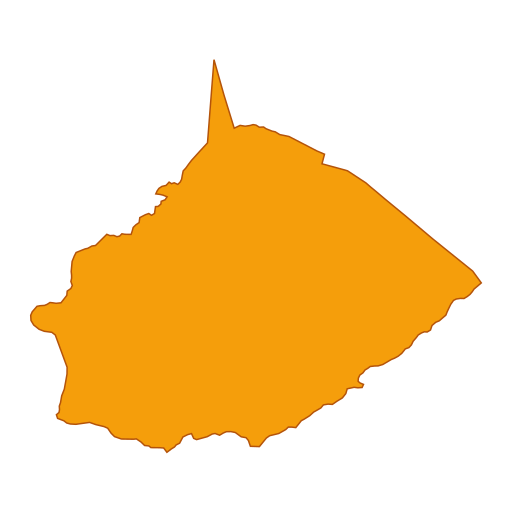 the district of Viçosa do Ceará, Ceará, Brazil
{"feature_id": "56859067B42746778472785", "entity_name": "Viçosa do Ceará", "entity_type": "district", "adm_level": 2, "iso_a3": "BRA", "parent_name": "Brazil", "parent_adm1": "Ceará", "projection": "mercator", "projection_center": [-41.159, -3.503], "detail": "fine", "context": "isolated", "style": "filled", "palette": "amber", "viewbox_px": 512, "rotation_deg": 0, "n_neighbors": 0, "source": "geoboundaries", "source_scale": "gbopen_adm2", "svg_char_len": 2813}
<svg xmlns="http://www.w3.org/2000/svg" viewBox="0 0 512 512"><path d="M34.4,309.3L32.3,311.7L30.7,315.3L31.0,320.5L33.7,325.0L39.1,329.3L44.3,331.3L51.8,332.3L55.3,335.0L67.1,367.2L67.0,374.1L65.7,381.5L64.3,389.2L61.7,395.8L60.5,402.7L59.3,406.1L59.5,409.7L59.0,412.5L56.4,414.7L57.6,418.4L63.9,420.8L66.7,423.0L70.4,424.0L75.9,424.3L80.2,423.7L89.6,422.4L95.8,424.6L104.1,426.6L107.7,428.2L111.1,433.2L114.5,436.6L121.4,439.0L133.7,439.2L136.4,438.9L141.0,442.0L144.6,445.5L148.8,445.9L150.9,447.6L159.6,447.7L163.7,448.0L166.9,452.3L171.4,448.9L174.5,447.0L176.2,444.9L179.6,443.2L182.9,437.0L187.7,434.6L191.5,433.6L193.7,438.4L196.6,439.6L207.2,436.7L212.3,434.0L215.1,433.5L219.6,435.2L223.3,433.0L226.3,431.7L230.9,431.6L235.3,432.5L241.2,436.8L246.1,437.7L248.4,440.5L250.4,446.3L259.4,446.6L266.4,438.0L269.7,435.7L278.8,433.5L285.7,429.6L288.3,427.1L291.8,427.1L295.8,427.6L301.3,420.7L304.1,419.2L309.7,415.7L313.6,412.1L317.7,409.8L320.8,408.0L323.4,404.9L328.0,404.1L332.4,404.4L337.0,401.2L342.4,397.9L345.8,393.6L347.2,388.8L354.1,387.3L357.8,387.8L362.1,387.5L363.5,384.4L360.1,383.0L358.1,381.3L358.4,378.0L359.9,375.0L362.9,372.9L365.1,369.9L367.7,368.4L370.2,366.5L374.6,366.0L378.1,365.9L382.8,364.5L391.3,359.5L394.5,358.2L398.2,356.2L401.9,353.2L405.3,348.9L408.9,347.6L411.4,344.9L413.1,341.3L416.3,337.6L418.2,335.0L421.4,333.0L424.3,331.8L427.2,332.0L430.5,330.0L432.0,325.5L435.7,322.3L439.3,320.8L442.4,318.1L445.9,315.1L447.0,312.2L448.6,308.7L450.7,304.4L453.5,300.4L456.3,299.0L460.4,298.4L464.0,298.5L467.3,296.5L470.0,294.4L472.2,291.8L474.0,289.1L481.3,282.9L472.7,271.1L433.0,239.1L405.1,215.6L401.8,212.9L385.3,199.3L375.7,191.2L370.6,187.0L365.9,182.9L347.5,170.8L344.8,170.0L322.0,163.8L324.5,154.2L316.8,150.9L289.0,136.5L284.3,135.5L279.8,134.6L275.2,131.8L272.0,131.1L266.0,128.7L263.6,127.0L259.3,127.2L256.0,125.1L253.1,124.6L250.0,125.5L245.2,126.2L240.1,125.4L236.7,127.0L234.2,128.2L223.9,94.8L214.0,59.7L211.3,94.0L207.5,142.9L200.1,150.9L191.5,160.4L188.6,164.2L185.8,168.1L183.2,170.9L182.3,175.2L181.6,179.3L180.1,182.2L177.8,184.4L174.2,182.8L171.5,183.7L169.1,182.1L166.1,185.4L161.9,186.4L158.9,188.4L157.1,191.0L155.8,193.9L159.8,194.4L162.9,195.1L167.1,196.8L165.1,199.8L161.2,201.3L160.9,204.0L158.2,206.4L155.5,206.6L154.5,213.5L151.5,215.3L148.8,213.5L145.4,214.7L139.8,217.6L139.1,222.6L136.0,224.7L133.2,227.4L132.2,231.1L131.1,234.4L125.0,234.3L121.9,233.8L119.6,236.1L116.9,236.7L113.8,235.4L109.9,235.6L106.8,234.3L95.5,245.5L91.9,246.0L87.8,248.3L85.1,248.9L82.3,250.0L76.1,252.5L74.3,256.0L72.1,261.5L71.2,271.5L71.6,275.2L71.6,278.2L70.9,281.5L72.3,285.5L70.9,288.5L67.2,291.1L66.8,295.4L61.0,302.8L56.1,303.3L52.7,302.8L50.0,302.5L47.2,304.3L44.6,305.4L40.2,305.7L37.0,306.3L34.4,309.3Z" fill="#f59e0b" stroke="#b45309" stroke-width="1.5"/></svg>